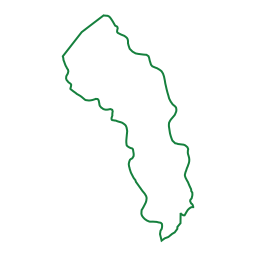 outline of Maganier, Laborie, Saint Lucia
{"feature_id": "8701671B57020485893312", "entity_name": "Maganier", "entity_type": "district", "adm_level": 2, "iso_a3": "LCA", "parent_name": "Saint Lucia", "parent_adm1": "Laborie", "projection": "robinson", "projection_center": [-60.985, 13.794], "detail": "fine", "context": "isolated", "style": "outline", "palette": "green", "viewbox_px": 256, "rotation_deg": 0, "n_neighbors": 0, "source": "geoboundaries", "source_scale": "gbopen_adm2", "svg_char_len": 5008}
<svg xmlns="http://www.w3.org/2000/svg" viewBox="0 0 256 256"><path d="M141.4,213.8L141.7,214.9L141.8,215.2L142.2,216.0L142.6,216.6L142.9,217.0L143.1,217.3L144.7,219.0L145.0,219.2L146.9,220.5L147.1,220.6L147.8,220.9L148.0,221.0L148.5,221.2L148.9,221.4L149.6,221.6L150.0,221.7L152.4,221.7L152.9,221.6L153.3,221.7L153.6,221.7L156.6,221.9L159.0,222.5L160.0,222.6L160.7,222.8L161.0,223.0L161.5,223.5L161.9,223.9L161.9,224.2L162.1,225.0L162.1,226.6L161.9,228.0L161.7,228.5L161.7,228.9L160.9,230.1L160.5,230.8L160.4,231.5L160.0,234.1L161.6,240.6L164.8,238.3L168.3,237.0L172.1,233.9L174.7,232.4L177.3,228.9L177.4,226.9L180.5,223.2L180.6,213.0L181.1,214.0L183.1,215.2L184.1,215.4L184.6,215.3L186.6,211.8L187.9,209.8L189.4,208.4L190.7,207.5L191.9,207.1L193.2,207.1L193.2,206.6L192.6,204.8L192.0,204.0L191.1,203.4L190.6,202.2L190.2,201.4L190.2,200.6L190.4,199.8L191.6,198.4L192.3,195.6L192.4,194.5L192.3,192.6L191.3,191.1L191.1,189.2L190.6,188.2L189.3,185.4L187.9,182.0L187.1,180.7L185.5,177.6L184.9,175.7L184.9,174.6L185.3,173.0L185.5,172.2L186.1,170.7L186.9,168.2L187.7,166.4L188.2,164.9L188.8,163.3L189.2,161.5L189.3,159.7L189.1,157.8L188.5,155.6L188.0,154.0L187.8,152.8L187.9,150.4L188.2,149.1L187.4,147.2L185.9,145.9L185.1,145.3L183.7,144.7L178.0,144.0L176.6,143.5L175.2,143.3L175.0,143.1L172.4,140.6L171.7,138.9L170.8,136.3L170.0,133.4L169.2,128.2L168.9,126.2L168.9,124.4L169.1,122.7L169.9,121.1L170.8,119.6L172.0,118.2L173.7,116.2L174.7,115.0L175.3,113.7L176.2,111.5L176.4,110.0L176.2,108.3L176.0,107.5L175.0,106.3L172.6,104.3L172.0,103.4L170.7,101.6L169.3,98.8L169.0,98.0L168.4,95.7L167.5,92.7L166.6,89.2L166.0,86.5L165.3,83.5L164.8,80.4L164.0,76.5L163.0,73.6L162.4,72.6L161.5,71.2L159.7,69.8L157.0,68.2L155.3,67.6L152.3,66.3L151.0,64.7L149.7,60.5L149.1,57.8L148.5,56.2L147.6,55.6L146.5,54.8L145.0,54.7L143.7,54.6L141.3,54.3L138.2,53.9L135.6,53.4L132.5,51.6L129.7,48.8L129.0,46.8L128.5,45.3L128.2,44.0L128.0,43.4L128.0,42.4L128.0,40.9L127.6,39.1L126.8,37.8L125.5,36.7L124.2,35.8L121.2,34.6L119.0,33.5L117.7,32.8L117.1,31.9L117.1,31.1L117.3,29.7L117.7,28.3L117.4,27.2L117.2,26.7L116.7,26.4L115.1,25.6L114.1,23.8L112.8,21.5L111.3,19.2L110.1,17.5L108.9,16.4L107.6,15.8L106.0,15.7L103.9,15.5L103.6,15.4L94.4,22.4L81.7,32.1L62.8,56.3L62.9,56.7L63.0,57.0L63.3,58.1L63.4,59.2L63.6,60.4L63.7,60.6L64.1,61.5L64.4,62.4L64.9,63.8L65.4,65.1L65.9,66.2L66.1,66.5L66.4,67.0L66.9,68.1L67.1,68.3L67.4,68.9L68.0,69.7L68.3,71.2L68.3,71.3L68.3,71.5L68.0,72.8L67.9,73.0L67.8,73.6L67.7,73.7L67.5,74.0L67.4,74.3L67.2,74.6L66.6,75.6L66.5,75.8L66.3,76.4L66.3,76.5L66.2,76.8L66.1,78.6L66.6,79.9L66.8,80.3L67.3,80.8L67.6,81.1L67.9,81.6L68.2,81.9L68.4,82.2L69.8,83.2L70.2,83.5L70.7,83.9L70.8,84.0L71.2,84.9L70.9,86.8L70.4,88.5L70.5,89.1L71.7,90.0L72.0,90.2L72.1,90.3L72.3,90.5L73.6,91.5L74.1,91.8L74.3,92.0L74.9,92.4L76.0,93.2L76.6,93.8L78.0,94.6L79.2,95.3L80.4,96.0L81.2,96.6L81.5,96.8L84.6,99.4L85.1,99.8L85.8,100.1L88.9,100.5L89.1,100.5L91.0,100.3L91.4,100.2L92.5,100.0L95.3,99.1L95.6,98.9L97.4,99.0L98.2,99.5L98.3,99.8L98.6,100.4L98.8,100.9L98.9,101.5L99.2,103.0L99.4,104.2L99.4,104.4L99.7,105.6L99.8,105.8L101.0,107.3L101.3,107.7L102.1,108.1L103.1,108.9L103.4,109.1L104.8,109.5L105.7,109.7L106.1,109.7L106.9,109.7L108.3,109.5L108.8,109.4L109.6,109.2L109.9,109.2L110.6,109.1L112.2,109.8L112.7,111.3L112.6,112.0L112.4,112.8L112.4,113.4L112.3,114.0L112.3,114.3L112.4,115.4L111.5,118.1L111.6,119.4L111.8,119.8L112.0,120.0L112.3,120.1L113.5,120.3L114.3,120.4L114.5,120.5L115.8,120.6L116.5,120.9L117.5,121.3L118.8,121.7L119.9,122.0L120.0,122.0L121.9,122.6L122.2,122.8L122.6,123.0L123.9,123.9L124.8,124.6L125.2,125.0L125.5,125.3L125.8,125.7L126.0,126.2L126.4,127.1L126.5,127.3L126.6,127.6L126.7,128.5L126.9,129.0L126.9,129.5L127.2,131.1L127.0,133.1L127.0,133.5L126.9,134.0L126.8,135.1L126.4,139.4L126.3,140.9L126.3,141.5L126.3,142.3L126.6,145.1L127.3,146.1L128.0,146.6L128.9,147.2L129.7,147.6L130.3,147.9L130.8,148.1L131.7,148.3L131.8,148.3L132.0,148.4L132.2,148.5L132.5,148.7L133.0,149.5L133.0,149.8L133.2,150.7L133.2,150.9L133.3,151.6L133.5,152.7L133.6,153.3L133.7,154.3L133.6,156.1L133.4,156.4L133.2,156.8L132.7,157.6L132.5,157.9L132.3,158.3L130.8,159.1L130.3,159.5L130.0,159.8L129.9,160.0L129.3,161.5L128.8,163.7L128.8,164.2L128.8,164.7L128.9,165.1L129.0,165.9L129.1,166.5L129.2,166.9L129.5,167.8L129.7,168.9L130.1,170.1L130.2,170.4L130.3,170.8L130.5,171.3L130.8,172.3L131.0,172.8L131.1,173.0L132.6,175.9L132.8,176.3L133.2,177.1L133.7,177.9L133.8,178.2L135.3,180.0L135.9,181.7L136.2,182.2L136.2,182.3L136.3,182.4L136.7,182.9L140.1,187.7L140.8,188.6L141.2,189.3L141.7,189.9L141.9,190.2L142.3,190.8L144.4,193.3L145.1,194.3L145.3,194.7L145.6,195.2L145.8,195.5L146.1,196.0L146.2,196.4L146.4,197.0L146.5,197.2L146.5,197.7L146.6,198.0L146.6,198.3L146.3,200.7L146.2,201.2L146.0,201.6L145.9,202.1L145.7,202.7L145.5,203.0L145.1,203.8L144.8,204.5L144.5,205.0L144.0,206.0L143.7,206.5L143.4,207.2L143.1,207.6L143.0,207.8L142.6,208.6L142.1,209.3L141.6,210.1L141.6,210.6L141.5,211.4L141.4,213.8Z" fill="none" stroke="#15803d" stroke-width="2"/></svg>